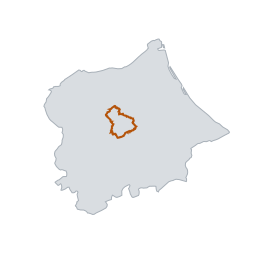 location of Gbeke, Vallée du Bandama, Ivory Coast, rotated 244°
{"feature_id": "98640826B94469137469464", "entity_name": "Gbeke", "entity_type": "district", "adm_level": 2, "iso_a3": "CIV", "parent_name": "Ivory Coast", "parent_adm1": "Vallée du Bandama", "projection": "natural_earth1", "projection_center": [-5.149, 7.692], "detail": "fine", "context": "in_parent", "style": "outline", "palette": "amber", "viewbox_px": 256, "rotation_deg": 244, "n_neighbors": 0, "source": "geoboundaries", "source_scale": "gbopen_adm2", "svg_char_len": 7645}
<svg xmlns="http://www.w3.org/2000/svg" viewBox="0 0 256 256"><g transform="rotate(244 128 128)"><path d="M69.3,54.4L70.0,54.4L71.9,53.7L73.6,52.3L75.2,49.3L77.3,46.9L79.7,47.1L80.4,46.7L81.2,46.6L82.2,48.2L83.2,49.4L83.9,49.4L84.5,51.7L88.8,52.6L90.7,53.2L92.3,54.9L92.8,54.9L93.5,54.6L94.0,54.0L94.1,53.4L93.4,51.9L93.7,50.5L94.4,49.3L95.5,49.3L97.2,48.9L99.2,48.9L100.6,49.1L101.2,47.9L100.7,44.6L100.8,42.7L101.0,41.2L101.6,40.5L103.7,42.5L105.7,43.2L107.1,43.2L107.5,42.9L106.9,40.7L107.1,40.1L107.6,39.7L108.5,39.5L111.0,38.6L111.3,38.8L111.8,42.2L111.6,43.3L112.1,45.6L112.7,47.7L112.7,48.6L112.1,49.9L111.5,51.1L111.6,51.6L112.6,52.4L114.5,53.3L116.5,53.5L117.6,52.2L118.8,51.2L119.6,50.3L119.8,49.0L121.1,48.0L124.7,46.8L128.0,46.6L128.8,47.0L130.3,48.8L132.2,50.1L135.1,50.0L137.2,50.7L139.0,52.2L140.3,55.3L141.6,57.6L142.2,60.9L144.3,62.6L145.9,63.4L148.2,65.8L150.5,67.0L152.9,66.7L154.0,67.9L155.8,68.8L157.6,68.9L159.1,66.1L161.2,65.1L166.4,62.9L168.5,61.9L170.6,61.3L175.7,61.1L180.4,61.7L182.7,62.2L184.3,61.9L185.8,63.2L187.4,65.9L188.7,66.8L190.0,67.7L190.9,69.9L192.1,72.0L192.7,72.9L194.1,75.1L195.3,75.1L196.5,74.2L197.0,73.5L197.3,74.9L196.8,77.1L196.9,78.5L197.6,79.1L197.2,80.9L195.8,83.9L195.8,85.7L197.2,86.3L198.2,88.2L198.8,91.5L199.4,92.6L199.4,93.3L200.4,101.2L201.7,109.2L200.9,110.2L199.8,110.6L199.1,110.9L198.9,111.7L199.4,112.8L199.1,113.8L197.8,114.4L194.8,117.0L194.6,118.0L193.9,120.1L193.2,121.5L192.3,123.9L190.8,130.4L190.2,135.7L190.1,137.4L189.5,138.5L188.9,140.2L185.7,144.8L184.1,148.5L184.3,150.1L184.4,151.8L183.9,153.0L184.0,156.1L184.4,158.8L185.0,161.4L187.3,168.8L188.5,173.2L189.2,176.8L189.9,179.3L190.5,180.2L190.8,181.2L194.2,181.8L194.8,182.4L195.8,187.1L195.6,189.2L194.9,190.0L195.0,191.8L194.8,194.0L194.3,194.9L192.4,195.0L191.1,195.9L189.4,195.5L189.2,195.0L188.3,194.8L185.8,193.5L186.2,189.4L185.0,189.3L184.1,189.8L182.3,194.7L181.4,195.5L168.8,193.0L166.0,191.0L162.7,190.5L157.0,190.7L152.3,191.3L150.9,192.6L162.9,191.9L164.2,192.0L164.8,192.7L149.6,194.4L143.9,195.3L142.2,195.1L140.9,193.5L134.6,193.3L133.3,193.8L132.6,195.0L135.0,194.7L138.9,194.6L140.0,195.5L127.8,196.7L119.3,198.9L115.8,200.5L104.0,205.9L96.8,208.4L94.9,209.3L91.6,212.0L87.4,213.6L82.7,216.7L79.8,217.4L79.2,216.4L79.1,211.2L78.7,204.2L78.9,201.5L79.3,199.0L79.3,196.9L80.7,196.2L81.1,195.3L81.3,192.6L82.7,190.1L82.7,185.8L83.1,184.9L83.4,183.8L82.8,180.9L82.1,175.6L81.7,175.3L81.4,175.5L80.6,175.6L77.7,173.7L75.4,173.4L73.8,171.9L73.7,170.1L72.9,169.0L72.4,166.9L71.6,164.6L69.3,163.1L67.2,162.8L65.7,163.1L64.0,163.0L62.0,162.2L60.6,161.3L59.2,159.6L58.0,158.2L57.0,158.4L55.9,158.0L54.7,157.4L54.3,156.9L59.2,151.4L60.9,148.7L61.1,147.0L61.1,145.4L61.6,143.6L61.8,141.0L59.1,131.6L58.4,128.6L57.7,127.8L57.2,127.4L58.6,126.2L60.5,126.5L63.3,127.5L64.0,126.6L66.2,121.8L66.1,120.0L65.9,118.8L67.2,115.5L68.2,114.2L68.7,112.9L68.6,111.0L67.8,110.3L66.8,110.4L65.6,110.0L63.7,108.9L62.8,107.9L63.1,103.6L63.3,102.3L63.9,101.5L64.9,101.3L67.8,101.2L70.1,101.7L72.2,101.9L73.3,101.9L74.1,103.2L75.3,104.5L76.3,104.5L76.7,103.5L76.5,99.3L75.8,97.0L74.2,94.8L70.2,93.0L70.1,90.4L70.5,87.6L71.4,86.5L74.4,84.7L73.9,83.8L72.9,82.8L71.0,81.7L71.5,78.3L71.6,75.3L70.0,75.7L68.3,75.8L66.9,74.9L65.8,73.1L65.5,68.1L65.6,62.3L65.3,59.7L65.8,58.3L67.2,57.1L68.8,55.4L69.3,54.4ZM187.8,195.6L187.1,196.7L183.9,196.0L184.7,195.1L187.8,195.6Z" fill="#d9dde1" stroke="#a8b0b8" stroke-width="1"/><path d="M149.6,128.3L149.8,128.1L149.7,127.8L149.7,127.7L149.8,127.6L150.0,127.4L150.3,127.4L150.4,127.2L150.6,127.2L151.0,127.1L150.9,126.9L151.0,126.9L151.1,126.7L151.2,126.3L151.3,126.3L151.5,126.1L151.6,125.9L151.8,125.7L152.1,125.8L152.3,125.8L152.6,125.8L152.7,126.0L152.8,126.2L153.0,126.2L153.3,126.0L153.5,126.0L153.6,125.9L153.6,124.8L153.6,124.7L153.4,124.3L153.4,124.2L153.3,123.5L153.3,123.3L153.3,123.2L153.2,122.8L153.2,122.6L153.1,122.4L153.0,122.2L152.9,121.7L152.7,121.5L152.6,121.4L152.6,121.1L152.6,120.9L152.7,120.7L152.8,120.0L152.7,120.1L152.4,120.1L152.2,119.9L152.0,120.0L151.9,120.2L151.9,119.9L151.9,119.7L152.0,119.5L151.7,119.3L151.5,119.2L151.4,119.2L151.2,119.1L151.2,118.9L150.9,118.4L151.2,116.4L150.7,116.0L150.5,115.9L150.4,115.7L150.1,115.2L149.7,114.0L149.4,113.9L149.2,113.8L148.8,113.8L148.2,113.9L147.6,114.1L147.8,114.3L147.7,114.6L146.8,114.6L145.8,114.8L145.7,114.9L143.0,115.9L142.7,115.7L142.2,115.3L141.5,115.3L141.3,115.6L141.3,115.4L141.1,115.4L140.9,115.5L140.8,115.4L140.6,115.4L140.4,115.6L140.3,115.8L140.2,115.8L139.9,116.0L139.5,115.8L139.2,115.9L138.7,115.9L138.5,116.0L138.3,116.0L138.1,116.1L138.0,116.3L137.9,116.4L137.8,116.5L136.7,115.2L136.7,114.3L136.1,114.1L135.3,113.6L134.9,113.4L134.7,113.5L134.6,113.4L134.5,113.1L134.2,112.9L134.2,112.7L133.9,112.4L133.7,112.4L133.2,112.1L133.1,111.9L133.0,112.0L132.8,112.1L132.6,112.2L132.4,111.7L132.2,111.5L132.0,111.3L132.0,111.1L131.9,111.0L131.9,110.9L131.7,110.7L131.7,110.9L131.8,111.1L131.8,111.5L131.8,112.1L131.7,112.2L131.4,112.0L131.2,112.1L130.9,112.0L130.6,111.8L130.4,112.0L130.2,112.0L129.9,111.8L129.8,111.7L129.7,111.7L129.6,111.9L129.3,111.9L129.2,112.0L129.1,111.6L128.8,111.7L128.7,111.7L128.7,111.8L128.9,112.0L128.9,112.3L129.0,112.7L128.9,112.8L128.7,112.8L128.7,113.0L128.8,113.1L128.7,113.2L128.6,113.3L128.4,113.3L128.3,113.5L128.3,113.9L128.2,113.9L127.9,113.9L128.0,114.1L127.8,114.2L127.7,114.3L123.8,114.3L123.7,114.4L123.7,114.5L123.6,114.9L123.6,115.2L123.6,115.4L123.5,115.6L123.3,115.7L123.3,115.9L123.4,116.2L123.4,116.4L123.3,116.6L123.3,116.9L123.2,116.9L123.1,117.0L123.0,117.3L123.0,117.5L122.9,118.0L122.9,118.6L122.9,118.9L122.9,119.0L122.8,119.4L122.9,119.7L123.0,120.0L123.1,120.3L122.9,120.4L122.8,120.6L123.4,121.4L123.6,122.0L124.7,123.3L124.8,123.4L124.8,123.5L124.7,124.6L124.8,125.4L124.3,125.7L124.0,125.8L124.5,126.2L124.8,127.0L124.6,127.8L123.9,127.9L124.0,128.0L124.3,128.3L124.2,128.5L124.3,128.6L124.2,128.7L124.2,128.8L123.9,129.0L123.7,129.1L123.7,129.4L123.7,129.6L123.7,129.8L123.8,129.9L123.9,130.0L124.1,130.1L124.1,130.4L124.1,130.7L124.0,131.1L123.9,131.4L123.7,131.6L123.8,131.9L123.8,132.4L124.0,132.7L124.1,132.8L124.3,132.9L124.5,132.8L124.7,133.0L124.8,133.2L124.8,133.3L124.6,133.5L124.3,133.7L124.0,133.9L124.0,134.0L124.5,134.6L125.2,134.9L125.4,135.0L125.6,135.3L125.6,135.7L125.6,135.9L125.7,136.1L125.8,136.0L126.0,135.6L126.6,135.6L126.8,135.5L127.4,135.5L127.7,135.2L128.2,135.1L129.3,134.9L129.7,134.6L129.9,134.5L130.0,134.6L130.4,134.6L130.6,134.5L130.9,134.5L131.0,134.7L130.9,135.1L131.1,135.3L131.4,135.2L131.6,135.3L131.8,136.1L131.9,136.3L132.2,136.4L132.9,136.5L133.0,136.4L133.6,136.4L133.9,136.5L134.0,136.5L134.3,136.7L134.8,135.9L135.0,135.7L135.4,135.2L135.5,135.0L135.8,135.2L136.0,135.2L136.3,135.0L136.3,134.9L136.4,134.7L136.5,134.5L136.5,134.3L136.6,134.1L136.7,133.9L136.9,133.8L137.1,133.7L137.3,133.4L137.6,133.4L137.9,133.3L138.6,132.8L138.6,132.7L138.7,132.3L138.7,132.2L138.7,131.9L139.0,131.9L139.1,131.7L139.3,131.7L139.7,131.8L139.9,131.7L140.0,131.6L140.2,131.4L140.3,131.0L140.7,130.5L140.8,130.3L141.4,129.8L141.5,129.9L141.6,130.0L141.8,130.1L141.7,130.0L141.8,129.9L141.9,129.7L142.1,129.4L142.4,129.4L142.5,129.5L142.8,129.5L143.0,129.6L143.2,129.2L143.2,128.7L143.1,128.4L143.3,128.2L143.5,127.9L143.6,127.7L144.0,127.0L144.2,126.0L144.5,126.1L144.8,126.2L145.0,126.6L145.3,127.0L145.6,127.2L145.8,127.1L146.1,127.2L146.3,127.2L146.5,127.3L146.9,126.8L147.3,127.5L147.5,127.6L147.7,128.0L147.8,128.2L147.9,128.3L148.0,128.4L148.1,128.2L148.2,128.3L148.3,128.3L148.5,128.3L148.6,128.5L148.9,128.6L149.0,128.6L149.4,128.4L149.5,128.3L149.6,128.3Z" fill="none" stroke="#b45309" stroke-width="2"/></g></svg>